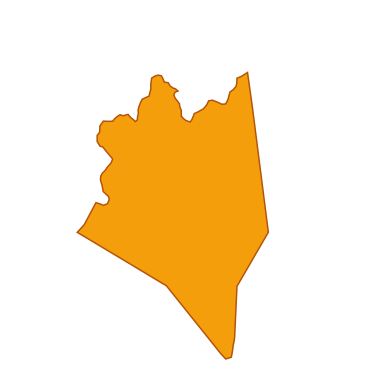 Governador Archer, Maranhão, Brazil, rotated 298°
{"feature_id": "56859067B45377194225928", "entity_name": "Governador Archer", "entity_type": "district", "adm_level": 2, "iso_a3": "BRA", "parent_name": "Brazil", "parent_adm1": "Maranhão", "projection": "albers", "projection_center": [-44.182, -5.001], "detail": "fine", "context": "isolated", "style": "filled", "palette": "amber", "viewbox_px": 384, "rotation_deg": 298, "n_neighbors": 0, "source": "geoboundaries", "source_scale": "gbopen_adm2", "svg_char_len": 1429}
<svg xmlns="http://www.w3.org/2000/svg" viewBox="0 0 384 384"><g transform="rotate(298 192 192)"><path d="M102.5,109.6L99.5,169.0L97.4,208.8L97.2,213.4L62.7,293.5L60.4,300.2L64.6,304.3L70.5,302.4L73.2,301.5L75.7,300.4L78.8,299.6L83.4,298.0L129.8,276.0L192.3,278.3L295.1,205.6L323.6,184.9L320.7,183.3L316.9,181.1L313.7,178.3L308.6,180.6L305.8,181.3L301.9,180.4L298.2,178.6L294.1,179.5L290.2,180.4L285.6,180.4L283.5,177.2L283.3,172.4L282.7,167.0L280.3,163.9L275.7,164.1L270.8,163.0L265.6,159.7L262.3,157.2L259.4,157.6L255.8,157.9L252.9,157.5L252.3,153.0L252.9,149.6L254.1,146.9L256.5,145.6L259.1,144.2L261.3,141.4L264.0,139.5L265.6,136.2L266.7,133.4L268.9,130.6L272.0,130.1L274.6,132.2L275.3,129.1L274.9,126.3L275.3,122.9L277.3,119.8L276.1,115.8L278.7,112.8L280.2,110.4L279.5,107.6L277.6,105.3L273.7,102.9L267.4,105.2L263.9,107.2L256.5,109.0L253.3,106.6L250.5,104.5L247.0,104.5L242.4,105.1L238.8,106.0L236.4,107.7L232.5,108.7L230.0,109.9L227.5,108.8L228.4,106.3L228.9,103.1L230.5,99.0L227.1,95.6L226.4,92.1L223.1,90.4L220.7,89.4L217.2,88.7L215.3,85.3L212.9,80.4L207.1,79.7L201.4,82.4L197.5,81.7L192.1,84.5L189.3,89.2L189.8,92.3L187.7,97.0L183.9,106.4L180.0,106.9L174.6,105.7L170.0,105.1L166.6,104.0L163.2,104.0L160.2,105.2L158.1,106.9L156.3,108.9L153.7,111.0L150.7,113.4L148.9,120.2L146.7,122.4L142.1,122.9L138.7,120.2L138.3,116.5L137.5,112.2L112.5,112.2L102.5,109.6Z" fill="#f59e0b" stroke="#b45309" stroke-width="1.5"/></g></svg>